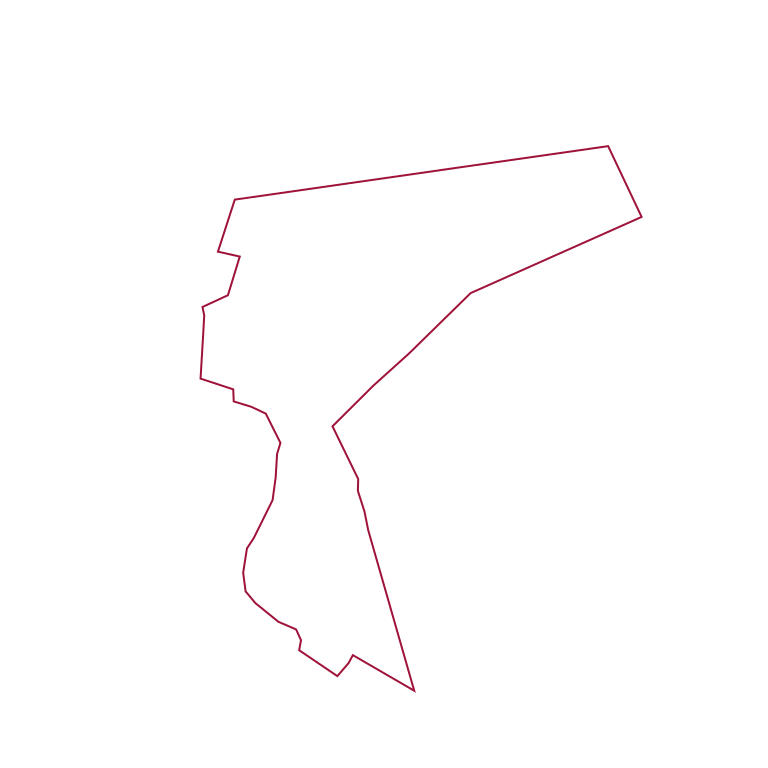 Messias Targino, Rio Grande do Norte, Brazil, rotated 107°
{"feature_id": "56859067B56904102074746", "entity_name": "Messias Targino", "entity_type": "district", "adm_level": 2, "iso_a3": "BRA", "parent_name": "Brazil", "parent_adm1": "Rio Grande do Norte", "projection": "albers", "projection_center": [-37.447, -6.084], "detail": "fine", "context": "isolated", "style": "outline", "palette": "rose", "viewbox_px": 768, "rotation_deg": 107, "n_neighbors": 0, "source": "geoboundaries", "source_scale": "gbopen_adm2", "svg_char_len": 669}
<svg xmlns="http://www.w3.org/2000/svg" viewBox="0 0 768 768"><g transform="rotate(107 384 384)"><path d="M668.5,265.4L528.5,356.3L511.8,365.3L493.9,377.7L482.4,380.9L439.5,420.9L388.5,393.6L347.5,369.0L305.1,345.9L271.7,327.7L148.9,186.5L91.0,239.2L155.1,375.8L251.3,580.6L306.0,581.5L304.3,559.2L344.7,559.2L363.4,580.1L370.9,576.0L388.7,571.6L432.5,561.0L433.2,526.6L444.6,522.6L444.6,504.2L446.9,488.4L470.6,465.8L482.1,465.8L504.9,460.3L527.6,456.6L569.5,463.5L581.3,467.0L605.7,463.5L622.8,455.7L631.1,443.0L642.3,415.4L644.4,396.3L653.2,388.5L663.4,387.3L677.0,343.2L661.3,336.3L652.4,334.5L668.5,265.4Z" fill="none" stroke="#9f1239" stroke-width="2"/></g></svg>